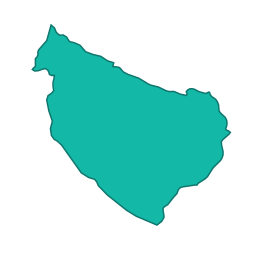 map outline of Guidimaka (Albers equal-area conic projection), rotated 277°
{"feature_id": "MRT-2790", "entity_name": "Guidimaka", "entity_type": "Region", "adm_level": 1, "iso_a3": "MRT", "parent_name": "Mauritania", "parent_adm1": "", "projection": "albers", "projection_center": [-12.01, 15.395], "detail": "fine", "context": "isolated", "style": "filled", "palette": "teal", "viewbox_px": 256, "rotation_deg": 277, "n_neighbors": 0, "source": "natural_earth", "source_scale": "10m", "svg_char_len": 1792}
<svg xmlns="http://www.w3.org/2000/svg" viewBox="0 0 256 256"><g transform="rotate(277 128 128)"><path d="M43.6,174.6L39.6,172.9L35.2,168.6L41.4,147.0L46.0,136.9L59.0,115.7L67.2,105.5L70.5,103.7L73.0,101.1L74.1,95.0L77.7,87.2L103.0,64.1L106.2,59.7L108.0,55.9L111.3,52.9L117.9,51.1L125.5,52.1L135.5,47.3L145.8,43.9L150.4,44.7L153.3,48.0L156.1,49.7L159.9,48.6L164.0,48.0L168.1,48.5L171.2,48.5L170.8,46.0L171.6,43.5L173.6,42.7L175.8,41.2L176.9,38.7L175.6,35.2L173.9,31.9L173.2,28.4L174.4,25.9L176.2,27.0L177.8,28.6L185.6,27.6L187.5,29.2L190.1,29.7L192.3,29.3L194.5,29.7L204.9,36.7L220.8,39.1L218.4,42.8L214.6,44.9L212.9,46.8L211.8,49.1L212.1,50.9L212.5,52.3L210.7,56.1L207.3,58.7L206.4,60.6L206.3,62.8L205.5,66.5L204.2,70.4L198.5,76.7L196.7,84.4L195.8,92.3L192.2,99.4L191.0,105.9L187.2,105.4L187.2,110.7L186.9,112.3L183.1,116.5L181.2,121.5L178.8,132.5L173.9,143.3L173.3,145.7L172.4,153.1L169.6,161.4L169.2,164.6L169.4,166.0L169.8,168.2L169.7,169.8L167.9,176.0L167.6,180.7L167.3,181.5L168.8,182.6L169.8,182.2L170.6,181.5L171.5,181.5L173.3,182.9L174.4,184.6L174.8,186.8L174.5,189.6L173.4,192.1L172.6,194.8L171.8,200.4L171.9,201.3L172.4,202.1L173.4,203.5L173.4,204.5L172.6,205.0L171.5,205.3L170.9,205.6L170.4,206.3L169.6,207.1L168.9,208.1L168.3,209.5L167.1,211.6L164.9,213.5L162.2,215.0L156.1,216.3L154.0,218.2L150.5,223.1L147.9,224.9L144.9,225.7L141.9,225.7L139.2,225.0L138.0,225.8L137.3,228.3L136.1,230.1L134.4,229.2L128.1,223.6L125.8,222.3L122.6,222.9L116.2,225.2L113.0,225.6L109.7,225.0L107.1,223.8L98.8,217.3L89.4,212.8L86.8,210.6L81.8,204.5L79.7,203.3L79.6,201.6L76.2,189.3L75.5,187.8L74.2,186.3L72.6,185.4L69.1,184.6L67.5,183.6L64.9,181.7L56.7,176.7L54.8,174.3L53.6,173.1L52.2,172.6L49.9,173.0L45.2,174.4L43.7,174.6L43.6,174.6Z" fill="#14b8a6" stroke="#0f766e" stroke-width="1.5"/></g></svg>